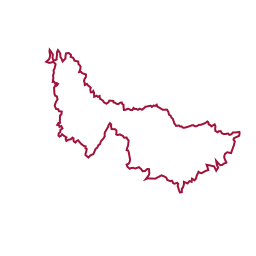 the district of Sertão, Rio Grande do Sul, Brazil, rotated 25°
{"feature_id": "56859067B36736749434356", "entity_name": "Sertão", "entity_type": "district", "adm_level": 2, "iso_a3": "BRA", "parent_name": "Brazil", "parent_adm1": "Rio Grande do Sul", "projection": "equal_earth", "projection_center": [-52.342, -28.013], "detail": "fine", "context": "isolated", "style": "outline", "palette": "rose", "viewbox_px": 256, "rotation_deg": 25, "n_neighbors": 0, "source": "geoboundaries", "source_scale": "gbopen_adm2", "svg_char_len": 4012}
<svg xmlns="http://www.w3.org/2000/svg" viewBox="0 0 256 256"><g transform="rotate(25 128 128)"><path d="M230.6,84.5L229.2,85.4L227.4,86.6L225.1,87.6L224.3,90.1L222.8,91.4L221.0,90.7L219.1,92.1L217.3,93.0L215.2,93.1L213.5,91.7L211.9,92.3L211.0,94.0L208.4,93.7L207.4,92.1L206.6,89.6L205.0,88.1L204.1,89.5L202.8,91.3L201.4,90.6L199.6,90.7L198.5,88.9L197.1,88.6L196.5,90.1L195.4,91.5L193.7,93.2L192.3,94.6L191.0,95.1L190.0,96.6L189.0,97.7L187.5,98.2L186.1,97.8L184.6,98.7L183.2,100.2L181.6,101.7L180.0,103.2L178.7,104.1L177.4,104.5L175.9,103.9L174.6,104.6L173.1,104.2L170.7,105.8L169.5,104.9L168.3,104.5L164.8,100.8L163.0,100.2L161.5,98.9L159.6,98.6L157.7,96.3L155.6,94.9L151.7,96.8L147.7,96.3L145.4,96.2L144.2,94.8L143.2,96.6L141.7,96.8L140.7,98.8L139.4,98.2L138.2,98.8L136.5,100.2L134.8,101.4L134.2,103.1L133.0,105.5L130.4,105.6L129.3,107.3L127.5,107.2L126.2,107.9L124.5,107.5L124.4,109.8L122.9,110.6L121.1,110.4L119.8,110.6L117.9,112.7L116.7,113.4L115.5,111.6L114.1,108.8L112.9,108.8L111.5,107.5L110.3,108.4L109.0,110.5L107.3,110.9L105.5,110.6L104.1,110.9L103.2,109.7L99.5,111.1L99.4,113.1L98.1,115.1L95.4,114.9L93.6,113.8L91.9,113.5L90.1,113.3L88.7,111.0L87.5,112.5L86.0,112.0L84.2,114.0L82.3,110.4L80.9,109.2L80.6,110.7L79.2,111.4L77.6,109.2L77.1,107.1L75.1,106.6L73.4,106.2L72.0,105.4L70.7,107.3L69.5,105.3L68.2,103.9L67.9,101.7L68.3,99.8L67.3,97.3L65.6,97.4L63.6,97.7L61.6,96.9L60.1,97.9L59.9,94.7L59.0,92.3L57.6,91.5L56.1,91.0L54.8,88.8L52.3,89.3L50.9,89.6L49.7,88.3L48.2,87.5L46.0,87.8L45.4,85.8L42.4,85.1L40.3,86.6L41.0,89.4L41.9,91.5L40.6,95.3L38.7,93.5L36.6,92.0L35.1,89.1L32.8,87.6L31.6,87.0L31.6,89.4L33.0,92.3L33.6,94.7L34.4,96.0L33.1,97.5L31.7,98.1L30.0,96.4L28.9,93.3L25.9,91.3L24.0,90.3L24.5,91.9L25.6,93.4L26.6,94.8L27.4,97.6L27.3,99.4L25.9,102.5L27.6,102.4L29.0,102.3L30.4,101.4L32.1,99.7L33.8,100.1L35.4,100.7L35.9,103.1L36.3,105.2L36.2,107.3L37.6,109.5L37.7,111.8L39.1,113.9L40.3,118.0L41.6,117.2L43.7,118.9L44.4,117.4L45.9,117.6L45.4,120.0L44.2,120.6L43.9,122.6L46.0,126.5L47.0,128.2L48.4,129.5L50.2,129.4L52.0,131.8L51.7,134.7L51.8,136.6L52.1,138.7L54.7,141.1L56.9,140.5L58.3,142.0L61.0,141.1L61.9,143.9L61.1,145.2L61.9,147.3L62.6,148.8L63.2,150.4L64.2,152.1L62.8,152.9L62.6,155.1L64.4,154.6L65.4,155.9L66.7,154.4L68.8,156.1L67.5,158.2L68.3,160.5L67.5,162.1L68.2,164.3L69.6,164.7L70.6,163.3L70.9,161.5L74.1,162.3L76.1,162.5L76.1,164.3L77.6,165.8L78.9,163.9L80.9,162.4L81.7,160.2L83.0,160.4L83.6,161.9L84.7,163.1L86.5,163.4L86.9,161.4L88.0,160.2L89.7,161.1L92.0,162.1L95.5,162.9L97.4,162.6L98.0,164.3L99.5,164.5L100.1,167.0L100.3,168.9L100.9,170.5L104.6,171.5L105.5,168.7L107.6,166.4L107.5,160.5L108.5,158.7L108.4,156.2L109.5,154.2L109.1,152.5L109.2,150.8L110.1,148.3L110.4,145.3L109.2,143.0L108.9,141.4L109.5,135.2L109.2,133.4L109.6,131.3L111.3,131.9L111.9,133.7L113.6,135.9L116.7,134.6L118.5,135.1L119.4,136.8L120.0,138.8L121.8,138.7L123.3,137.2L124.7,137.4L126.3,137.2L128.7,138.4L130.7,137.2L132.2,138.4L133.8,139.0L134.8,141.7L135.5,144.0L135.7,146.8L136.1,148.6L137.5,148.3L138.9,149.6L143.3,155.9L143.8,158.0L143.7,160.1L142.2,161.7L143.9,163.4L146.8,164.2L147.7,163.0L149.2,162.0L151.6,161.7L154.5,158.9L157.3,159.7L159.5,161.0L161.5,159.9L162.9,156.9L164.4,156.4L166.4,159.9L166.8,161.5L166.4,163.9L165.7,166.9L167.3,165.3L174.1,162.4L176.7,159.0L178.3,156.8L181.6,156.6L183.7,156.8L185.6,158.5L188.8,158.3L190.2,157.2L192.3,158.9L193.7,158.8L195.8,156.9L197.2,157.5L197.5,159.6L198.7,160.7L199.8,162.1L202.3,164.5L203.9,163.4L202.4,160.2L203.0,158.7L202.5,155.5L201.4,153.2L205.4,153.1L206.1,150.2L208.4,149.9L207.5,146.9L210.4,147.3L211.0,145.1L210.4,142.1L210.5,140.2L210.4,137.9L211.9,138.2L213.7,137.9L216.3,134.3L218.5,132.2L216.7,130.1L214.8,128.1L218.5,127.2L222.3,126.4L226.0,129.4L226.5,125.9L224.0,123.7L221.8,120.5L225.0,122.0L227.4,122.7L228.9,121.7L230.1,119.6L231.8,117.8L228.3,114.8L227.3,113.4L226.8,110.6L228.1,108.1L232.0,107.2L231.2,98.5L230.4,94.9L228.6,94.1L228.3,92.5L232.0,88.1L231.5,85.9L230.6,84.5Z" fill="none" stroke="#9f1239" stroke-width="2"/></g></svg>